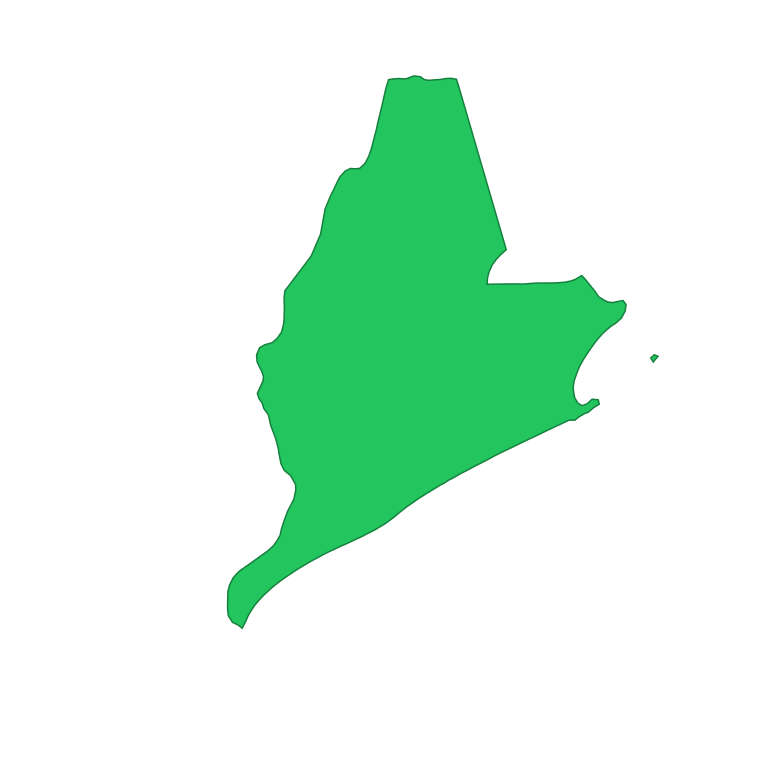 outline of São Francisco do Sul, Santa Catarina, Brazil, rotated 40°
{"feature_id": "56859067B10973410912110", "entity_name": "São Francisco do Sul", "entity_type": "district", "adm_level": 2, "iso_a3": "BRA", "parent_name": "Brazil", "parent_adm1": "Santa Catarina", "projection": "equal_earth", "projection_center": [-48.617, -26.291], "detail": "fine", "context": "isolated", "style": "filled", "palette": "green", "viewbox_px": 768, "rotation_deg": 40, "n_neighbors": 0, "source": "geoboundaries", "source_scale": "gbopen_adm2", "svg_char_len": 2715}
<svg xmlns="http://www.w3.org/2000/svg" viewBox="0 0 768 768"><g transform="rotate(40 384 384)"><path d="M347.7,504.3L356.3,511.3L363.1,514.3L371.3,514.2L380.8,517.8L384.5,521.8L388.9,530.0L390.5,536.7L391.9,543.2L395.9,554.4L398.7,561.1L401.7,566.9L402.7,572.3L403.3,578.7L402.3,586.5L399.7,596.4L396.7,608.4L393.7,619.3L393.1,624.7L393.1,629.7L394.9,637.2L397.7,643.1L405.9,653.5L409.1,657.2L413.7,661.6L421.2,664.0L427.1,662.4L432.3,662.3L430.8,655.4L428.9,648.8L428.0,643.9L427.2,637.0L427.2,630.2L427.6,623.0L428.7,614.5L429.6,608.9L431.2,601.4L433.5,592.8L435.5,585.9L437.3,580.0L439.5,573.7L441.1,569.1L442.8,564.7L445.6,557.6L448.9,549.5L452.5,541.8L455.0,536.2L458.5,529.3L461.8,522.0L464.8,515.7L467.0,510.3L471.0,501.0L474.8,489.7L476.0,484.9L477.2,479.7L478.6,471.8L480.4,463.2L482.6,455.2L484.2,449.3L486.6,441.6L489.6,432.8L491.8,426.1L493.7,421.5L495.2,416.5L497.2,411.9L500.1,403.9L503.8,395.0L506.8,387.5L509.4,381.6L511.8,375.8L514.2,369.6L517.4,362.1L519.8,356.8L523.0,349.8L525.9,343.2L528.0,338.6L530.0,334.1L532.2,329.5L534.2,325.0L536.2,320.7L538.6,315.3L541.1,309.8L543.1,305.4L545.3,300.9L548.8,292.9L553.4,289.1L554.5,283.8L556.5,278.1L558.7,274.2L559.7,267.7L561.9,261.0L558.2,258.4L553.2,261.9L552.3,268.8L549.6,273.3L545.0,274.0L538.9,272.0L534.7,268.5L530.9,264.8L527.7,259.5L525.9,254.9L524.2,250.3L522.3,243.9L521.1,237.6L520.3,231.4L519.4,222.8L519.0,217.2L518.9,211.3L519.0,205.2L519.7,199.8L520.7,194.1L522.5,188.0L523.5,180.8L521.8,172.9L518.4,167.6L513.5,166.4L509.7,170.9L506.9,174.6L502.8,177.3L498.3,178.4L492.3,179.2L485.7,177.3L479.9,176.2L471.9,174.6L465.8,173.8L463.1,181.4L460.4,185.7L457.1,189.8L452.9,193.9L448.9,197.7L435.4,209.1L426.9,217.5L418.5,224.4L412.4,229.6L407.9,233.5L402.7,238.0L398.9,241.3L395.1,236.2L392.5,230.8L390.3,223.1L389.9,216.1L390.2,210.3L391.3,202.5L248.9,107.3L243.5,104.0L238.9,106.7L235.1,110.2L231.7,114.2L227.5,118.2L223.2,122.5L219.3,124.9L214.5,125.2L208.9,128.7L204.5,136.4L199.5,140.1L195.1,144.2L191.9,147.9L194.3,153.8L196.3,158.1L201.7,168.5L203.9,172.8L211.7,188.6L214.1,192.9L218.1,201.4L220.9,207.3L223.5,212.9L225.9,219.3L227.7,227.2L226.7,234.6L223.5,237.8L219.8,240.4L217.4,245.8L217.1,253.8L218.5,259.8L220.3,266.7L222.1,274.2L226.3,287.6L239.1,310.0L246.0,332.9L248.2,376.4L252.2,382.4L257.9,388.7L265.8,398.6L269.2,403.8L272.2,410.3L272.8,417.6L271.8,424.2L267.4,430.7L265.4,436.0L267.6,443.5L272.4,448.5L277.0,450.7L282.2,452.9L286.8,455.7L289.3,459.2L291.0,465.4L293.0,472.6L297.7,475.6L302.8,476.8L307.3,479.8L311.0,480.9L314.7,481.7L318.2,484.1L323.9,488.6L336.1,495.4L344.5,501.4L347.7,504.3ZM576.1,186.7L572.3,187.8L571.6,192.6L576.1,194.1L576.1,186.7Z" fill="#22c55e" stroke="#15803d" stroke-width="1.5"/></g></svg>